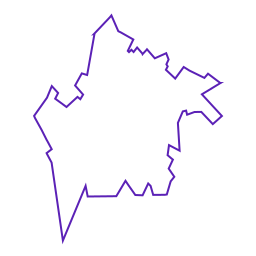 Gweru Urban, Midlands, Zimbabwe
{"feature_id": "62879985B64547719639207", "entity_name": "Gweru Urban", "entity_type": "district", "adm_level": 2, "iso_a3": "ZWE", "parent_name": "Zimbabwe", "parent_adm1": "Midlands", "projection": "equal_earth", "projection_center": [29.828, -19.456], "detail": "fine", "context": "isolated", "style": "outline", "palette": "violet", "viewbox_px": 256, "rotation_deg": 0, "n_neighbors": 0, "source": "geoboundaries", "source_scale": "gbopen_adm2", "svg_char_len": 1097}
<svg xmlns="http://www.w3.org/2000/svg" viewBox="0 0 256 256"><path d="M111.4,15.4L110.5,16.5L110.4,16.7L94.1,33.9L94.5,33.8L87.3,74.2L87.1,75.0L85.8,74.6L81.8,73.4L75.1,85.5L83.1,94.6L80.3,99.2L77.5,96.9L66.5,107.0L60.4,102.5L55.2,98.7L58.1,93.0L51.8,86.1L47.0,97.7L39.2,108.7L34.1,115.9L35.0,118.0L41.6,129.9L46.7,140.0L47.3,141.0L51.7,149.2L46.6,153.1L46.9,153.8L51.6,162.6L62.9,240.6L85.6,185.9L87.7,196.5L116.3,196.2L125.5,180.8L128.1,184.7L135.3,195.0L142.6,195.3L148.2,183.5L150.6,185.9L153.2,194.9L164.8,194.8L166.8,194.5L170.0,183.6L170.7,181.3L174.3,176.8L168.7,168.6L172.9,159.6L171.5,158.5L167.6,155.2L169.0,145.1L179.6,150.7L177.9,122.9L182.8,111.4L186.1,110.6L187.1,114.7L194.5,112.0L201.3,111.9L212.8,124.1L221.9,116.0L201.9,94.3L220.5,83.0L220.3,83.0L208.0,73.7L204.4,77.9L189.5,70.6L183.7,67.0L175.2,78.6L174.4,77.8L165.9,69.8L167.7,66.4L166.4,64.3L168.6,59.5L166.2,53.2L154.8,58.3L147.0,49.3L146.7,49.7L142.6,54.1L142.5,53.7L137.1,47.5L133.6,52.0L131.4,49.8L129.0,52.1L127.8,50.9L133.3,39.5L120.8,32.4L118.3,31.2L111.4,15.4Z" fill="none" stroke="#5b21b6" stroke-width="2"/></svg>